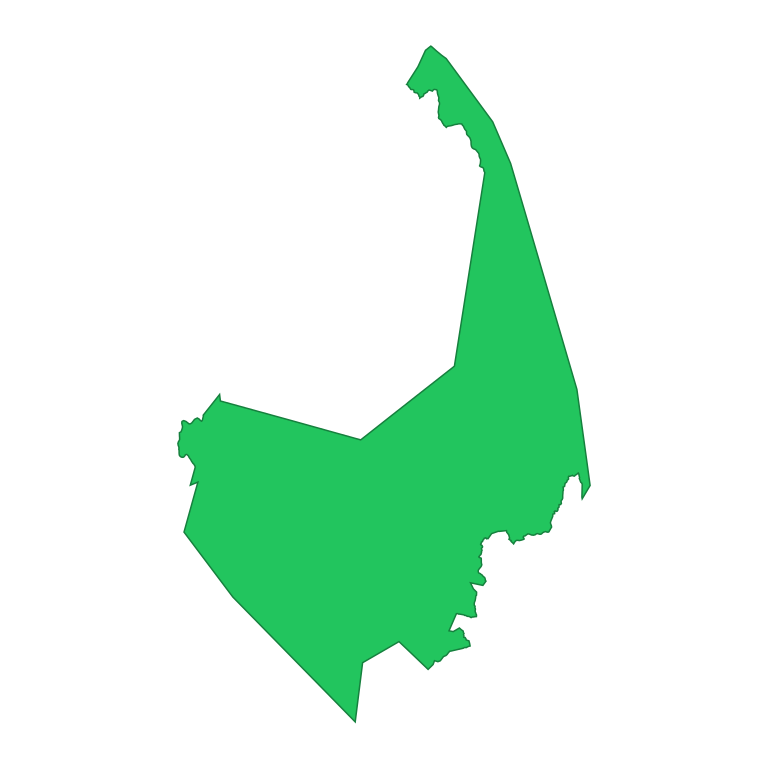 Santa María Guienagati, Oaxaca, Mexico
{"feature_id": "50627088B17469590564501", "entity_name": "Santa María Guienagati", "entity_type": "district", "adm_level": 2, "iso_a3": "MEX", "parent_name": "Mexico", "parent_adm1": "Oaxaca", "projection": "natural_earth1", "projection_center": [-95.328, 16.779], "detail": "fine", "context": "isolated", "style": "filled", "palette": "green", "viewbox_px": 768, "rotation_deg": 0, "n_neighbors": 0, "source": "geoboundaries", "source_scale": "gbopen_adm2", "svg_char_len": 5890}
<svg xmlns="http://www.w3.org/2000/svg" viewBox="0 0 768 768"><path d="M446.2,58.6L441.8,55.4L436.6,51.1L431.7,46.7L430.8,46.1L425.5,50.3L418.0,66.6L417.2,67.9L408.1,82.1L407.0,84.1L406.7,84.5L407.7,84.8L408.1,85.6L408.3,86.0L408.6,86.5L408.9,86.9L409.6,87.6L410.1,88.2L410.4,88.8L410.8,89.4L411.6,89.6L412.5,89.5L413.1,89.7L413.5,89.9L413.7,90.0L413.8,90.2L414.2,92.3L415.8,92.8L417.1,92.9L417.8,93.6L418.4,94.4L418.8,95.1L418.9,95.9L419.2,96.5L419.9,97.2L419.8,98.1L420.7,97.5L421.6,96.7L422.8,96.5L423.3,95.9L423.6,95.3L423.9,94.0L424.8,93.6L425.6,93.0L427.2,92.1L428.0,90.8L429.1,90.0L430.4,90.4L432.4,91.1L432.8,90.6L433.0,90.3L433.5,89.7L434.2,89.4L436.3,89.7L436.6,89.7L437.2,90.7L437.4,92.9L437.6,93.9L438.2,95.9L438.8,97.3L438.8,98.1L438.5,100.6L439.1,101.8L439.4,102.4L439.5,103.4L439.5,104.2L438.8,106.8L438.5,110.0L438.2,112.0L438.7,114.5L438.9,114.9L438.8,116.2L438.5,117.5L438.8,118.5L439.9,119.2L440.8,119.9L441.6,121.0L442.2,122.3L442.9,123.6L443.7,124.6L443.9,125.3L444.9,125.9L445.8,126.9L446.3,127.4L447.1,126.5L448.3,126.1L449.9,125.9L451.0,125.7L452.6,125.3L454.3,124.7L455.8,124.4L457.3,124.2L458.4,123.9L459.5,123.8L460.7,123.9L461.8,124.0L462.4,125.2L463.2,125.9L463.6,126.6L464.1,127.8L464.7,129.0L465.1,129.6L465.8,130.4L466.5,131.3L466.5,132.6L466.7,134.2L467.5,135.3L468.9,136.6L470.0,138.1L470.6,139.7L471.0,141.2L471.1,144.3L471.4,146.2L472.0,147.5L472.4,148.0L473.5,148.8L475.6,149.6L478.6,153.2L479.2,154.8L479.1,155.8L479.7,157.8L480.4,158.8L480.6,160.4L480.4,163.0L480.1,164.6L479.7,165.3L479.6,165.9L480.3,166.6L481.2,167.0L482.7,167.5L483.5,168.4L483.9,170.0L483.9,170.8L484.1,171.2L484.8,172.6L454.4,366.2L410.2,400.9L392.4,414.9L379.1,425.4L360.7,439.9L291.5,420.6L256.7,411.0L220.4,401.0L219.6,394.5L203.2,415.2L203.4,415.9L202.7,418.9L202.3,420.5L201.5,421.2L200.1,420.2L199.2,419.1L197.3,418.0L194.5,419.4L193.0,421.4L191.7,423.0L190.4,423.8L189.1,423.9L187.2,422.4L185.9,421.4L183.7,420.6L182.3,421.2L181.9,421.7L181.8,423.3L182.2,425.2L182.5,426.1L182.4,427.8L181.8,429.9L181.0,431.8L179.4,432.7L179.5,436.4L179.6,437.5L179.6,438.3L179.6,439.6L179.2,440.5L178.4,441.8L177.9,443.5L178.2,445.4L178.7,446.7L179.0,447.9L178.8,449.2L179.1,450.6L179.1,453.1L179.3,455.1L180.1,456.3L181.3,457.1L182.7,457.3L183.6,457.1L184.4,456.4L185.0,455.6L185.3,454.9L186.2,454.5L186.8,454.5L187.7,455.2L188.5,456.1L189.2,457.6L190.1,458.8L190.8,459.8L191.4,461.0L192.2,462.2L193.0,463.4L193.8,464.1L194.4,465.1L194.8,465.8L195.2,466.9L195.1,467.7L190.3,485.2L197.9,482.1L184.0,532.1L232.9,597.1L248.4,612.9L331.6,697.8L355.2,721.9L362.6,662.7L368.8,659.1L399.0,641.6L415.5,657.3L428.1,669.4L433.1,664.5L434.5,660.7L437.9,661.7L440.3,660.8L443.4,656.7L444.1,656.3L446.0,655.5L447.2,654.4L447.8,653.5L449.7,651.2L450.8,651.1L463.3,648.2L464.5,647.5L466.3,647.6L467.8,646.7L469.3,646.2L470.1,646.0L469.9,644.9L469.6,643.2L469.3,642.2L468.9,640.8L467.8,640.5L466.2,639.9L465.9,638.7L465.1,637.5L463.8,637.3L463.9,635.7L463.5,634.6L464.0,633.5L463.4,632.6L463.3,631.8L463.1,631.0L462.6,630.6L461.9,630.2L460.8,629.3L459.4,628.0L453.2,631.6L449.0,630.8L456.4,613.7L457.7,613.6L458.7,614.1L459.8,614.1L462.4,614.6L463.8,614.8L464.6,615.4L465.8,615.5L466.5,615.8L467.1,616.3L468.4,616.4L469.2,616.5L470.3,617.1L471.1,617.6L472.0,617.2L472.5,616.9L473.2,617.0L474.2,616.9L474.6,616.6L475.2,616.6L475.9,616.7L476.4,616.6L476.5,615.7L476.5,615.0L476.4,614.6L476.0,613.9L475.7,612.8L475.3,612.1L475.2,611.4L475.1,610.7L475.3,610.0L475.4,609.4L475.3,608.4L474.9,607.7L475.1,606.2L474.3,605.3L474.2,604.0L474.4,602.4L474.9,601.2L475.1,600.7L475.3,599.7L475.5,598.7L475.8,596.0L476.5,595.2L476.6,592.1L473.4,588.9L470.5,582.8L482.9,585.4L486.0,581.1L485.3,580.4L485.3,579.3L485.0,578.4L484.6,577.4L483.8,576.9L483.2,576.4L482.1,575.0L481.0,574.3L480.2,573.6L478.8,573.0L478.3,572.1L478.2,570.8L478.5,569.8L479.5,568.5L480.0,567.9L480.9,566.8L481.4,565.9L481.8,564.8L481.7,564.2L481.4,563.2L481.3,561.8L481.3,560.5L481.3,559.3L481.2,558.2L480.8,558.0L479.7,557.7L478.9,557.1L478.9,556.5L479.5,556.1L480.1,555.1L480.6,554.9L481.2,553.9L481.2,553.2L481.5,552.7L481.5,551.3L482.0,550.7L481.9,549.9L481.5,548.9L481.5,548.1L482.3,547.5L482.6,546.8L482.0,545.4L481.4,545.3L480.6,544.4L480.7,543.9L481.1,543.8L481.2,543.2L481.4,542.5L481.4,542.0L482.4,541.7L482.6,541.4L482.8,540.2L483.7,539.6L483.8,539.0L484.3,538.2L485.0,538.2L485.5,537.8L485.9,537.9L486.6,538.8L487.2,538.5L488.0,538.7L491.6,533.6L498.3,531.3L499.2,531.4L506.5,530.6L506.7,532.2L507.8,533.6L508.7,534.8L509.0,535.8L509.6,538.2L508.9,539.2L510.1,540.1L511.1,540.5L511.0,541.4L512.8,543.0L513.6,543.9L515.0,541.6L516.3,540.4L518.0,540.3L519.2,540.6L520.6,540.3L521.8,540.0L523.0,539.6L524.0,539.2L524.0,538.3L523.3,537.7L523.2,537.0L523.8,536.1L525.1,535.9L526.4,534.9L527.8,533.9L529.4,534.1L531.5,535.0L533.6,535.2L535.3,534.7L536.4,533.8L537.4,533.6L538.5,533.9L540.0,534.3L541.4,534.0L542.9,532.6L544.1,532.0L545.6,531.6L546.6,532.0L548.0,532.2L548.9,531.8L550.5,528.9L551.6,527.1L551.3,525.4L550.8,524.3L550.4,522.8L550.8,521.2L552.7,516.5L552.8,515.1L552.9,514.1L553.6,513.9L554.6,513.7L554.7,512.8L554.2,511.7L555.1,510.9L556.2,511.4L557.3,511.1L558.0,509.8L557.8,508.3L559.0,507.2L559.1,504.6L560.6,504.6L561.4,503.4L561.1,501.8L561.3,500.4L562.1,499.7L562.7,498.2L562.7,497.0L562.7,495.5L562.9,493.3L563.0,491.1L563.4,490.2L563.3,488.7L563.1,487.1L563.8,486.9L564.4,486.3L564.7,486.1L564.7,485.2L565.0,484.1L565.0,483.4L565.6,482.9L566.5,482.3L567.0,481.3L567.2,480.2L568.0,479.7L568.6,479.0L568.3,477.4L568.6,476.3L569.4,476.4L570.2,476.1L571.6,475.7L572.5,475.3L573.1,475.9L574.5,476.1L575.4,475.1L576.7,474.4L578.2,473.0L578.8,474.0L579.0,475.1L579.2,476.1L579.6,477.6L579.3,478.6L579.9,479.9L580.3,481.1L580.8,482.3L581.7,483.0L582.2,484.4L581.9,497.2L582.2,498.8L590.1,485.5L587.3,464.9L576.9,389.4L524.9,211.9L510.6,163.4L492.7,121.8L446.2,58.6Z" fill="#22c55e" stroke="#15803d" stroke-width="1.5"/></svg>